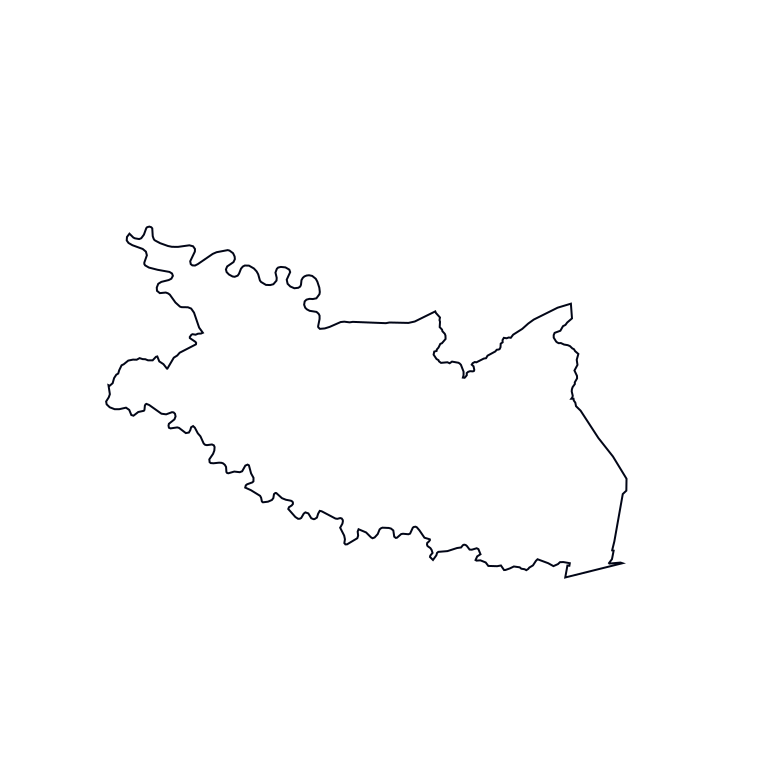 the district of Long My, Hau Giang, Vietnam, rotated 30°
{"feature_id": "81297802B29776873812270", "entity_name": "Long My", "entity_type": "district", "adm_level": 2, "iso_a3": "VNM", "parent_name": "Vietnam", "parent_adm1": "Hau Giang", "projection": "orthographic", "projection_center": [105.504, 9.679], "detail": "fine", "context": "isolated", "style": "outline", "palette": "ink", "viewbox_px": 768, "rotation_deg": 30, "n_neighbors": 0, "source": "geoboundaries", "source_scale": "gbopen_adm2", "svg_char_len": 6157}
<svg xmlns="http://www.w3.org/2000/svg" viewBox="0 0 768 768"><g transform="rotate(30 384 384)"><path d="M146.0,522.8L151.7,529.9L152.3,533.2L152.1,538.1L154.0,540.3L158.1,541.3L163.3,540.5L167.2,538.3L172.4,533.5L176.3,533.8L180.7,537.2L182.9,536.7L185.2,531.1L189.4,527.3L189.5,526.2L187.7,522.2L187.7,520.8L188.2,520.0L191.2,519.6L206.1,521.0L210.5,519.2L214.5,514.4L216.0,513.8L217.9,514.3L219.7,516.3L220.2,519.4L217.6,526.0L218.2,527.8L219.6,529.4L221.3,529.2L226.6,525.0L228.4,524.5L236.9,525.6L239.3,523.6L239.3,520.8L238.6,517.9L239.7,515.9L242.0,516.4L247.4,519.8L251.2,521.1L257.6,525.7L259.5,526.1L261.2,525.5L265.2,522.4L267.3,522.2L268.8,523.3L270.3,526.4L270.9,529.9L270.4,536.6L272.1,538.9L273.5,539.1L276.0,537.9L280.5,534.6L282.7,533.5L284.4,533.2L286.6,533.6L288.7,534.8L291.5,539.0L292.7,539.5L293.9,539.1L298.1,534.7L303.2,532.5L304.8,530.5L304.7,524.0L306.2,522.0L307.7,522.0L313.6,527.9L317.9,530.5L319.6,533.6L319.2,535.0L315.6,539.3L315.0,540.9L315.6,543.1L321.8,542.5L332.6,542.8L334.4,543.9L337.0,546.8L338.3,547.0L342.4,543.9L344.9,540.5L345.2,538.1L343.8,534.4L344.4,532.7L345.3,532.3L352.7,533.9L356.9,533.3L361.8,531.6L363.2,531.6L364.2,532.0L365.1,533.4L364.8,535.3L363.3,538.2L363.6,540.1L373.7,543.5L377.0,543.7L378.5,542.7L379.3,541.4L379.3,536.4L380.1,534.5L383.2,533.9L388.1,536.6L390.5,536.3L391.4,535.7L392.7,533.2L391.8,529.2L391.8,526.0L393.6,525.4L409.2,524.8L411.0,524.1L413.1,522.0L414.6,521.6L416.4,522.5L417.1,523.6L417.8,525.7L417.9,530.4L425.3,535.2L427.8,538.0L429.2,541.6L430.8,542.2L432.2,541.3L438.0,530.9L437.4,528.2L435.0,525.0L434.6,522.5L442.7,521.5L449.4,523.3L451.2,523.3L452.6,521.6L453.6,517.1L452.9,512.1L453.5,510.5L454.5,509.2L460.1,506.3L462.3,505.7L465.3,506.2L469.2,511.1L471.2,511.4L472.1,510.6L473.9,505.4L475.3,504.2L480.3,501.9L481.4,500.5L480.8,494.0L481.3,492.9L482.7,491.8L484.1,491.7L487.8,493.0L495.9,496.9L501.3,495.6L501.8,496.1L501.7,497.7L500.9,500.1L501.6,501.7L502.8,502.6L506.2,502.9L508.2,503.9L510.5,506.0L509.9,509.4L510.3,510.8L514.4,511.9L515.0,506.2L514.4,503.8L515.0,502.2L522.5,497.0L529.3,489.5L532.5,487.0L532.9,484.2L533.7,483.1L535.2,482.6L536.9,482.9L540.9,484.6L542.9,483.6L546.4,479.9L548.3,479.8L552.7,483.2L550.9,486.7L551.3,490.7L552.4,490.7L555.7,488.5L561.3,487.7L565.3,489.4L573.1,485.2L576.0,482.7L581.0,485.1L582.2,484.3L585.2,480.8L587.7,477.1L593.2,474.9L595.3,475.3L598.4,474.1L600.3,474.1L601.4,472.0L601.6,470.4L603.7,466.6L604.0,461.2L604.6,459.0L615.8,457.1L621.8,457.0L624.7,453.0L625.5,450.3L628.4,448.5L634.5,446.3L635.4,448.7L633.6,449.5L637.7,460.9L680.1,420.0L678.1,420.4L669.0,426.8L668.4,426.6L669.0,421.7L668.4,419.9L666.2,413.5L664.8,414.0L664.6,413.5L662.2,405.2L645.8,359.9L647.2,355.2L641.4,344.8L618.5,332.3L596.7,323.6L567.6,308.8L561.4,307.2L559.0,304.5L556.6,303.4L555.5,302.0L553.6,303.1L553.8,301.4L553.4,299.9L550.3,296.6L549.4,294.7L548.9,292.4L549.3,288.6L548.4,287.2L548.4,282.6L547.1,280.5L542.2,277.1L542.0,270.7L538.8,266.7L537.3,260.8L533.1,260.0L531.1,258.9L529.3,259.0L526.1,258.2L523.7,258.5L520.2,259.8L516.7,260.1L514.9,261.3L513.2,261.4L511.9,261.2L507.8,259.0L506.5,256.8L506.2,254.4L510.1,249.7L510.1,244.4L511.6,242.1L511.9,239.2L514.0,233.2L505.7,221.0L496.2,231.1L481.5,253.3L478.7,259.5L476.2,267.1L471.2,276.7L470.7,280.6L468.8,281.3L467.3,283.1L464.7,284.1L464.7,286.7L465.9,288.6L464.9,290.7L466.5,293.9L466.7,295.7L466.2,296.7L464.5,298.0L464.1,300.2L459.5,307.7L459.5,310.6L457.7,312.1L453.2,319.0L451.6,319.6L450.4,321.6L450.3,323.4L452.7,323.9L455.1,326.6L455.4,327.6L454.7,328.6L452.1,329.9L450.8,331.4L450.2,333.2L451.3,335.0L451.1,336.5L450.7,338.3L449.1,339.0L448.5,336.6L446.7,333.5L441.0,328.9L439.2,328.4L437.8,328.4L431.7,330.6L430.5,333.2L428.0,333.5L422.8,337.2L420.3,336.9L419.2,336.1L417.0,336.1L412.3,333.8L411.3,330.8L413.0,329.1L412.5,327.7L413.0,325.2L412.7,321.1L413.8,319.7L414.8,314.2L413.0,311.3L411.5,310.1L408.2,309.1L407.1,307.9L403.8,306.9L401.4,302.1L400.1,300.9L399.2,298.4L393.4,296.5L392.1,295.5L379.4,314.5L374.6,318.9L358.0,328.0L355.2,330.4L325.9,345.8L323.4,347.8L318.4,349.9L315.5,352.0L308.4,361.7L304.9,365.5L300.9,368.3L298.8,367.8L298.1,367.0L295.7,359.9L294.0,357.0L292.3,355.9L289.5,355.3L283.0,357.8L279.8,357.9L277.6,357.3L275.2,355.3L274.0,352.1L274.7,349.7L276.9,347.5L279.9,346.0L282.6,343.6L283.2,338.5L282.4,336.4L279.8,332.9L275.1,328.7L272.3,327.0L267.8,326.3L264.7,327.3L262.8,328.7L261.3,330.6L260.6,332.6L260.6,335.3L262.5,339.6L262.7,341.5L261.7,343.5L258.5,345.9L254.1,346.4L250.4,345.4L247.6,342.3L246.8,334.0L244.8,332.3L240.3,332.3L236.1,334.2L234.1,336.1L233.6,337.8L234.3,341.8L238.0,345.7L239.2,348.2L238.3,352.9L236.0,355.2L232.2,357.2L226.5,357.1L224.8,356.4L220.2,351.9L217.4,350.2L213.6,349.0L207.9,349.0L204.2,351.0L203.0,352.9L202.5,355.6L203.3,361.0L203.1,363.3L201.1,365.8L199.1,366.6L195.0,366.7L191.8,365.8L189.8,363.8L189.4,360.6L192.7,353.7L192.4,350.4L190.9,348.3L187.9,346.2L183.5,345.7L181.7,346.2L173.1,353.6L170.6,357.0L162.8,373.3L161.1,375.9L158.7,377.1L156.7,376.8L154.8,374.6L154.0,363.9L152.8,361.6L149.8,360.2L146.1,361.2L137.1,368.2L131.8,371.2L127.9,372.5L119.6,374.0L113.5,374.2L112.0,373.5L109.8,371.6L105.5,365.1L104.1,364.6L102.1,365.0L100.5,366.6L100.2,367.9L101.4,374.7L100.9,379.1L99.5,380.9L95.4,382.4L93.7,382.5L88.4,381.1L87.9,385.2L89.4,388.3L92.2,389.6L96.7,389.6L107.5,387.7L111.6,388.4L114.3,391.1L115.7,398.6L116.4,399.9L117.8,400.7L122.2,400.7L130.8,398.3L142.2,394.2L145.2,394.3L147.1,395.9L147.2,399.1L145.6,401.6L140.1,406.9L138.4,410.1L139.0,414.1L140.8,416.8L144.4,417.4L149.3,413.9L151.6,413.5L153.8,413.7L162.6,417.7L168.6,419.0L170.2,418.7L175.8,415.6L179.3,415.1L183.8,417.2L195.7,427.6L201.5,430.2L200.3,431.8L197.8,433.4L196.2,435.5L193.3,436.6L192.6,437.6L192.3,440.4L192.9,441.3L199.7,441.8L200.8,442.4L201.3,443.7L191.4,459.1L190.7,462.7L188.8,466.3L188.7,479.0L188.3,479.2L183.1,477.1L178.1,476.8L173.9,473.5L172.9,474.5L171.8,479.2L167.8,481.5L164.9,481.9L162.6,483.1L159.4,483.8L157.7,486.6L154.4,488.4L150.8,491.6L148.7,497.1L147.4,499.0L147.8,504.5L148.6,507.8L147.5,509.8L147.3,513.8L148.6,519.0L147.3,522.7L146.0,522.8Z" fill="none" stroke="#020617" stroke-width="2"/></g></svg>